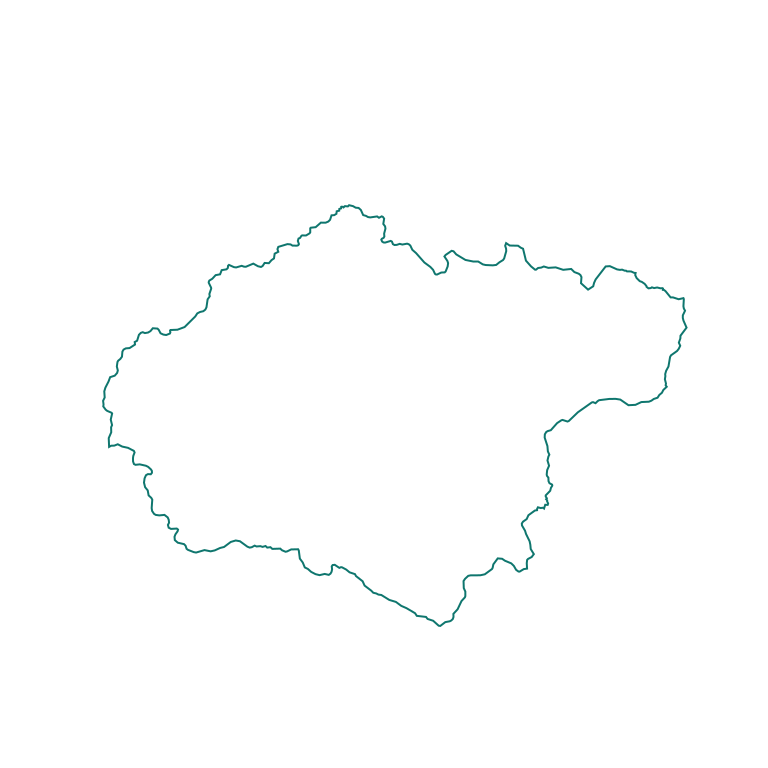 Phipun, Nakhon Si Thammarat, Thailand, rotated 308°
{"feature_id": "78962969B61248323272668", "entity_name": "Phipun", "entity_type": "district", "adm_level": 2, "iso_a3": "THA", "parent_name": "Thailand", "parent_adm1": "Nakhon Si Thammarat", "projection": "albers", "projection_center": [99.622, 8.602], "detail": "fine", "context": "isolated", "style": "outline", "palette": "teal", "viewbox_px": 768, "rotation_deg": 308, "n_neighbors": 0, "source": "geoboundaries", "source_scale": "gbopen_adm2", "svg_char_len": 6166}
<svg xmlns="http://www.w3.org/2000/svg" viewBox="0 0 768 768"><g transform="rotate(308 384 384)"><path d="M165.2,206.1L167.4,207.0L169.4,209.4L172.6,211.3L173.5,216.2L176.1,221.6L177.3,228.1L176.5,229.6L173.0,230.7L171.1,231.8L168.5,233.9L167.0,236.2L167.3,237.9L170.3,241.0L173.0,246.7L173.5,249.2L173.2,253.0L172.6,254.6L171.2,255.8L169.3,255.8L167.6,253.4L165.6,252.6L162.3,253.4L158.5,255.6L155.6,259.3L154.7,263.3L151.3,267.1L151.0,270.7L150.2,272.6L143.2,277.3L141.2,279.4L140.1,282.7L140.3,284.7L142.1,287.8L145.7,291.6L145.7,295.7L144.5,297.9L142.4,300.0L139.9,300.5L138.2,302.8L138.7,305.4L142.5,309.7L142.5,311.3L140.9,312.0L137.1,312.2L134.6,313.0L132.2,315.3L132.0,319.2L134.7,325.0L134.4,327.2L132.6,329.9L132.6,331.6L134.4,337.6L135.5,339.7L142.6,344.8L145.4,350.4L148.7,353.1L153.9,355.8L157.1,358.3L165.2,360.5L169.4,363.5L171.4,367.3L171.7,376.5L172.4,378.9L174.0,380.3L177.0,381.6L177.5,383.6L180.1,386.4L180.9,388.6L183.4,390.4L183.2,392.7L185.5,395.0L185.3,397.5L190.4,403.6L190.2,406.0L191.2,409.7L192.4,410.7L196.5,412.7L200.9,418.1L200.3,419.4L194.6,425.2L193.3,429.9L190.7,434.5L191.4,437.9L191.1,442.3L192.0,447.1L193.7,450.9L197.8,454.2L199.6,458.0L201.6,458.6L203.7,458.3L206.0,457.2L208.1,455.1L209.7,455.0L211.2,456.5L211.6,462.0L213.2,462.9L213.7,463.8L214.5,468.4L214.4,472.8L216.3,478.2L215.4,480.2L215.4,488.6L213.2,492.8L213.3,501.1L212.9,504.1L214.2,506.9L214.6,509.2L216.1,511.8L217.1,521.1L219.6,527.5L219.8,534.2L221.2,539.7L222.5,549.6L221.5,552.6L226.3,560.5L225.7,563.0L227.7,568.5L227.2,575.9L228.0,577.3L234.1,578.9L237.5,581.9L239.0,582.6L241.2,582.9L243.2,582.2L245.6,580.2L251.8,580.7L260.7,578.7L265.6,579.1L266.9,578.7L270.5,575.9L272.3,572.5L277.7,568.0L280.5,567.8L284.7,568.5L286.7,570.2L292.5,577.6L296.1,580.6L304.6,583.0L306.0,582.8L309.2,581.2L316.6,581.0L319.0,584.7L319.2,588.1L321.0,594.7L320.6,598.3L318.9,602.5L319.0,605.4L319.7,606.4L324.2,608.1L326.6,610.4L330.7,606.8L333.5,605.1L334.8,605.2L338.6,606.9L342.2,606.8L344.3,601.2L347.4,598.3L349.7,595.6L353.3,588.2L355.2,585.5L357.5,579.8L358.9,578.5L361.1,578.3L365.4,579.6L369.5,578.6L377.2,580.8L378.8,582.3L379.7,581.6L381.6,581.2L382.7,583.8L384.4,585.5L384.4,586.8L388.1,585.4L389.5,587.4L390.9,586.9L392.0,584.7L392.8,584.2L393.0,582.7L394.2,582.7L394.9,580.7L395.8,580.0L402.2,580.7L404.9,579.5L407.5,579.2L408.2,578.4L407.7,575.5L408.7,573.5L411.4,571.2L412.0,568.9L412.9,567.9L416.6,565.6L421.2,564.4L424.4,559.9L428.1,558.2L430.1,557.8L431.8,554.6L435.7,551.0L440.7,543.6L443.4,541.7L446.1,541.4L447.7,542.0L450.3,543.9L459.8,544.5L464.6,546.1L465.6,546.8L467.4,551.7L468.6,552.4L481.1,554.2L497.4,559.1L498.4,559.9L499.1,562.5L502.1,562.9L503.7,563.5L510.9,570.7L514.9,575.7L517.2,579.8L517.8,589.7L522.4,595.0L528.2,597.9L533.1,603.6L535.5,605.0L538.3,605.8L541.6,608.0L544.9,607.7L548.2,608.4L551.3,607.8L555.9,608.5L556.4,606.7L557.9,606.0L560.7,602.4L563.4,600.9L564.9,599.5L568.1,598.2L572.9,597.4L581.4,592.8L583.3,592.5L590.4,594.6L593.1,594.6L596.5,593.9L598.1,590.9L602.3,589.5L604.6,587.9L614.7,587.7L618.3,581.0L620.0,578.8L622.1,577.2L627.1,576.1L628.1,573.8L629.6,572.1L635.5,568.0L636.0,567.1L632.2,564.0L630.2,558.5L628.7,556.5L630.5,548.6L630.5,546.7L629.9,545.8L631.0,545.1L631.0,544.5L629.6,542.9L628.2,539.8L625.9,537.8L625.1,535.6L623.9,535.2L622.2,533.5L622.2,531.1L622.8,530.4L623.4,527.7L623.2,524.3L622.5,522.2L623.0,517.9L624.5,514.9L626.4,513.9L625.6,512.7L624.8,509.4L622.3,506.1L622.3,504.9L621.5,503.9L620.7,501.2L619.2,499.7L617.8,497.1L615.9,489.4L613.1,486.3L596.7,486.4L593.0,487.3L589.8,488.7L584.0,486.7L584.7,477.2L589.8,473.8L590.8,471.7L590.8,469.6L589.4,465.1L589.9,460.7L584.3,454.9L581.6,447.5L576.7,442.0L575.0,437.6L572.5,436.2L570.3,434.0L567.7,433.4L567.1,432.7L567.2,427.5L568.6,419.9L576.2,410.3L575.6,407.8L575.5,404.5L570.5,397.8L570.2,393.5L567.5,394.4L565.8,396.9L564.0,398.5L556.9,401.4L555.0,401.5L550.9,400.0L546.9,399.1L544.5,396.7L540.3,390.8L539.1,388.2L538.5,382.8L535.5,379.0L531.9,371.8L530.6,361.1L531.4,357.1L530.6,355.3L523.6,353.1L521.7,353.1L520.0,358.2L518.7,360.1L515.8,361.8L510.6,363.3L509.3,363.1L507.1,360.5L502.9,358.4L502.2,357.3L502.2,356.3L504.2,352.4L504.8,348.4L504.6,341.0L506.9,328.7L507.2,323.7L509.3,319.5L509.4,317.5L508.8,315.8L505.2,312.6L504.1,310.1L501.5,308.4L500.0,306.7L499.7,304.9L501.1,302.6L500.9,301.2L496.1,297.8L495.2,296.4L495.1,294.8L496.1,293.0L497.1,292.9L498.9,293.7L500.4,293.5L502.6,291.5L507.3,289.5L508.9,287.8L509.7,284.9L514.4,282.3L515.0,280.2L514.7,279.0L511.9,277.7L511.8,275.4L506.8,270.6L505.7,268.6L505.4,266.3L504.3,263.6L506.9,258.6L507.1,255.6L505.5,253.1L505.1,250.1L503.4,246.4L501.7,246.2L500.1,243.7L498.3,243.4L498.4,242.7L497.6,241.4L497.3,241.2L496.0,242.1L494.5,241.0L493.0,242.0L491.0,240.4L488.8,241.7L486.4,240.8L484.6,238.8L480.2,240.4L477.7,240.1L475.2,238.7L472.3,234.9L465.5,233.6L462.1,230.1L461.3,230.0L458.1,232.5L456.9,232.6L453.0,231.1L450.7,228.0L449.9,227.7L447.4,227.9L446.0,227.1L443.7,228.0L441.9,230.8L440.6,231.0L439.5,230.3L436.7,226.7L436.5,224.5L434.8,221.8L427.0,216.3L424.7,217.0L423.1,219.3L419.4,217.6L415.2,220.0L412.4,219.1L408.3,218.9L405.9,215.4L402.2,215.7L400.5,215.0L399.2,212.2L398.4,206.9L391.4,203.0L390.3,201.5L389.5,199.1L384.8,195.7L383.7,193.8L382.4,188.5L381.2,188.3L379.3,189.5L377.4,189.3L373.8,186.0L369.5,187.3L366.1,184.3L361.2,183.9L358.0,182.7L356.9,182.9L355.9,183.5L353.5,188.4L352.8,189.1L347.4,191.0L345.8,192.7L342.1,192.9L335.1,196.9L332.6,197.4L330.1,196.8L327.5,194.7L324.7,193.4L321.0,193.7L306.1,191.8L299.6,187.8L295.1,182.5L294.4,182.5L293.1,183.9L291.9,184.2L288.5,182.2L287.1,179.7L286.4,176.7L288.0,173.1L288.2,171.4L285.6,167.5L281.9,167.4L279.3,166.4L276.9,164.2L276.3,162.0L274.6,160.9L271.9,160.6L266.1,162.8L263.6,161.7L261.8,163.5L255.7,161.4L253.1,158.6L250.8,157.6L248.5,157.9L244.2,160.7L241.4,160.8L238.7,160.2L237.3,160.4L233.3,162.7L230.8,165.9L228.4,166.9L224.8,166.7L220.8,164.0L216.3,165.4L209.6,166.7L206.0,168.1L201.4,172.2L197.8,173.0L195.2,175.6L193.5,176.6L192.4,180.5L192.4,182.4L193.6,187.0L193.4,187.9L187.7,190.6L184.2,195.0L181.9,195.6L178.0,198.8L171.9,200.4L165.2,206.1Z" fill="none" stroke="#0f766e" stroke-width="2"/></g></svg>